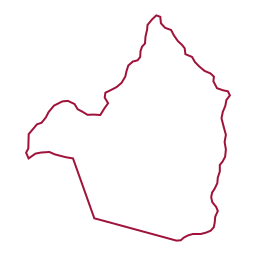 the district of Poloni, São Paulo, Brazil
{"feature_id": "56859067B23679759476015", "entity_name": "Poloni", "entity_type": "district", "adm_level": 2, "iso_a3": "BRA", "parent_name": "Brazil", "parent_adm1": "São Paulo", "projection": "mercator", "projection_center": [-49.819, -20.742], "detail": "fine", "context": "isolated", "style": "outline", "palette": "rose", "viewbox_px": 256, "rotation_deg": 0, "n_neighbors": 0, "source": "geoboundaries", "source_scale": "gbopen_adm2", "svg_char_len": 1262}
<svg xmlns="http://www.w3.org/2000/svg" viewBox="0 0 256 256"><path d="M28.6,158.4L35.5,153.6L41.3,152.5L49.4,152.0L54.9,154.4L65.7,157.2L73.0,158.4L94.3,218.3L127.2,227.2L176.4,240.6L180.7,240.3L184.1,237.4L188.3,235.3L192.9,234.0L200.7,234.0L206.1,232.6L210.7,230.7L213.8,227.2L214.7,222.7L215.2,216.8L217.8,211.0L216.2,207.0L212.3,202.2L211.2,197.3L212.1,192.6L214.7,188.6L217.3,183.2L217.8,177.5L219.8,171.6L219.8,164.9L222.5,161.7L225.1,156.8L225.9,149.5L224.6,141.9L225.9,134.8L223.9,127.6L221.5,118.3L222.8,111.9L225.3,105.9L226.4,100.0L229.9,95.4L227.9,91.3L223.1,90.3L217.0,88.2L213.4,81.3L213.9,76.6L210.4,73.4L204.5,70.9L199.3,66.5L194.9,62.0L192.0,56.9L185.4,54.2L184.7,48.3L181.9,44.8L177.9,41.1L173.9,35.4L171.1,30.0L165.1,27.8L160.9,23.2L160.3,16.8L156.3,15.4L151.9,19.6L147.5,25.0L147.1,29.7L145.5,36.6L145.0,43.5L142.0,46.7L140.5,51.2L140.2,57.0L137.6,60.3L132.9,61.5L128.3,65.5L126.5,71.2L125.3,76.6L121.5,82.9L116.4,87.2L110.4,90.3L105.4,92.7L104.7,97.6L108.1,103.2L104.3,108.5L100.3,115.0L93.9,114.6L87.5,114.8L82.7,111.9L77.6,109.2L74.5,104.0L67.9,100.9L62.4,101.4L54.0,105.6L48.5,112.2L45.9,117.4L41.5,122.8L37.0,124.3L32.7,129.4L28.7,134.1L28.5,141.0L28.3,148.5L26.1,152.7L28.6,158.4Z" fill="none" stroke="#9f1239" stroke-width="2"/></svg>